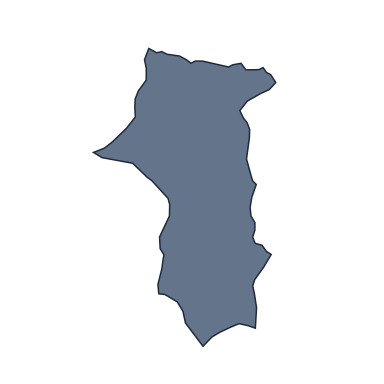 the district of Dababa, Hadjer-Lamis, Chad, rotated 20°
{"feature_id": "50815135B80092252042653", "entity_name": "Dababa", "entity_type": "district", "adm_level": 2, "iso_a3": "TCD", "parent_name": "Chad", "parent_adm1": "Hadjer-Lamis", "projection": "equal_earth", "projection_center": [16.914, 12.314], "detail": "fine", "context": "isolated", "style": "filled", "palette": "slate", "viewbox_px": 384, "rotation_deg": 20, "n_neighbors": 0, "source": "geoboundaries", "source_scale": "gbopen_adm2", "svg_char_len": 1186}
<svg xmlns="http://www.w3.org/2000/svg" viewBox="0 0 384 384"><g transform="rotate(20 192 192)"><path d="M233.3,60.5L225.8,54.8L221.1,54.2L216.3,50.8L212.9,54.2L200.9,58.8L194.1,54.3L186.8,58.5L183.7,62.0L157.0,65.4L150.2,67.9L147.1,71.4L141.8,69.7L133.8,68.5L121.4,71.1L115.7,70.4L111.2,73.2L102.3,71.9L102.1,83.9L106.7,91.3L110.7,102.5L107.0,115.4L106.8,124.1L109.3,132.0L113.1,140.9L108.6,154.6L100.0,172.2L94.8,180.6L85.9,188.5L95.6,190.5L126.4,185.3L144.8,193.5L150.2,195.0L171.7,206.2L175.3,211.4L179.0,222.3L177.6,237.4L176.9,245.4L181.4,256.0L187.1,260.7L188.0,265.7L189.9,274.3L191.6,290.6L195.6,299.0L201.6,297.6L215.7,300.3L224.3,307.2L230.7,317.4L234.5,319.8L243.2,325.5L255.1,333.2L260.4,321.3L266.3,314.1L274.0,306.3L281.3,299.6L290.5,298.4L298.1,298.3L292.3,278.8L285.4,266.2L281.2,259.5L280.9,253.0L285.1,237.9L287.8,223.6L282.1,222.3L276.1,218.1L269.0,218.6L268.9,218.6L264.5,213.8L264.1,206.2L261.6,199.3L255.6,194.3L251.9,186.6L250.0,176.5L249.8,163.0L244.9,160.6L238.3,151.3L232.0,142.5L230.8,137.3L227.4,121.4L224.7,113.4L220.0,107.9L215.3,105.2L209.1,99.1L212.9,87.6L222.9,75.9L229.5,69.4L233.3,60.5Z" fill="#64748b" stroke="#1e293b" stroke-width="1.5"/></g></svg>